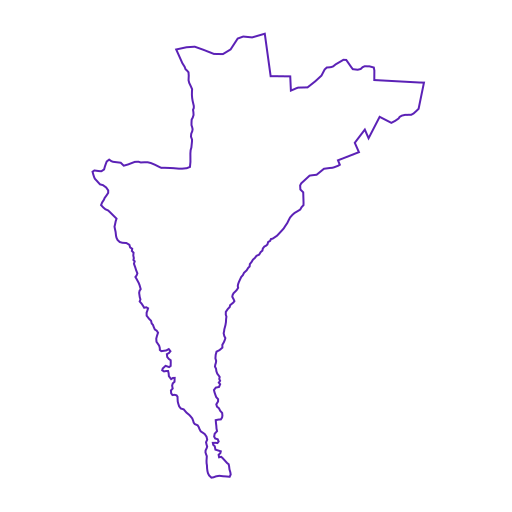 Kajiado North, Rift Valley, Kenya (orthographic projection), rotated 91°
{"feature_id": "3690345B68273600363858", "entity_name": "Kajiado North", "entity_type": "district", "adm_level": 2, "iso_a3": "KEN", "parent_name": "Kenya", "parent_adm1": "Rift Valley", "projection": "orthographic", "projection_center": [36.729, -1.37], "detail": "fine", "context": "isolated", "style": "outline", "palette": "violet", "viewbox_px": 512, "rotation_deg": 91, "n_neighbors": 0, "source": "geoboundaries", "source_scale": "gbopen_adm2", "svg_char_len": 5297}
<svg xmlns="http://www.w3.org/2000/svg" viewBox="0 0 512 512"><g transform="rotate(91 256 256)"><path d="M476.9,282.4L477.2,278.5L474.9,277.5L472.7,277.9L469.8,278.8L466.9,279.2L464.7,279.7L463.5,281.3L458.6,285.9L457.4,287.3L457.9,289.4L455.4,289.9L453.7,288.2L451.9,287.8L450.3,293.2L447.0,293.9L445.5,295.5L443.6,295.9L443.5,293.3L443.7,291.3L442.1,290.1L439.9,291.1L439.2,293.6L437.3,294.7L434.4,294.2L431.8,291.9L429.1,292.5L426.7,292.7L423.8,293.1L420.8,293.4L420.2,290.7L420.0,288.3L418.1,287.1L416.2,286.8L413.5,287.1L411.4,289.1L408.9,290.4L407.3,292.4L405.0,293.1L402.1,291.4L399.8,291.4L397.8,293.3L395.5,294.2L393.0,295.1L390.7,295.7L388.3,293.9L387.6,290.7L384.8,289.6L383.3,291.0L381.4,289.7L379.6,290.6L377.6,290.2L376.2,291.2L374.3,292.7L371.9,293.6L369.4,294.0L367.3,295.1L365.3,294.8L363.7,294.3L361.6,294.0L359.0,294.8L355.6,294.6L352.3,293.8L350.8,290.9L348.2,288.0L345.4,288.1L342.7,286.6L340.4,285.7L338.6,285.2L336.6,286.3L333.8,287.0L331.8,286.6L329.9,286.4L327.9,285.9L325.4,285.3L322.6,284.9L319.6,284.8L317.2,284.5L315.1,285.2L312.4,285.2L309.4,283.2L307.5,281.4L305.6,281.0L302.9,277.8L301.5,276.8L299.5,277.7L297.2,279.0L295.4,278.7L293.6,277.8L291.5,275.7L290.1,274.5L288.1,273.3L286.3,273.7L284.5,273.4L282.4,272.7L280.1,271.7L277.2,270.4L275.4,268.8L273.0,267.7L270.5,265.1L268.0,263.6L266.6,262.2L264.2,262.0L262.0,260.3L259.7,259.0L258.1,257.2L255.8,255.5L254.6,252.9L252.0,251.4L250.5,249.7L248.4,249.3L246.4,247.8L245.5,246.1L244.3,244.8L241.8,244.1L240.6,242.1L238.8,241.4L238.4,239.7L236.8,237.4L235.4,235.4L234.0,234.1L232.1,232.4L230.2,230.7L228.0,228.8L225.4,227.2L222.5,225.3L219.7,224.0L216.9,222.6L214.2,220.3L212.3,218.2L210.4,215.1L208.8,212.6L206.4,211.3L204.3,209.4L201.8,209.4L191.5,209.9L188.7,212.8L184.7,213.1L182.6,212.1L174.7,203.8L174.3,201.4L173.7,196.8L167.6,189.6L166.7,183.7L166.5,181.4L166.0,179.6L164.3,175.4L163.3,173.8L158.9,175.7L151.4,157.4L150.4,154.9L141.1,159.2L127.7,149.4L136.3,145.5L114.7,134.8L120.5,123.0L118.5,119.3L116.0,115.8L114.4,114.8L113.1,112.6L112.3,109.5L112.1,103.3L110.8,101.0L108.3,98.3L106.0,96.0L79.7,91.1L79.7,95.2L78.0,140.8L68.5,140.9L65.5,141.5L64.4,145.8L64.4,150.7L65.4,152.8L67.2,154.6L68.0,157.6L67.5,162.5L65.3,164.2L61.0,167.3L58.4,169.2L58.3,172.0L59.9,174.6L63.0,179.7L65.1,182.2L65.8,184.1L66.1,186.1L66.3,188.5L68.3,190.6L74.5,193.7L80.3,199.8L86.5,207.4L86.9,216.8L87.6,218.7L88.6,220.8L90.0,224.0L75.8,224.9L75.9,241.4L76.0,244.5L56.1,247.6L33.6,251.1L36.5,260.4L37.5,263.7L36.8,272.6L38.9,278.1L49.9,285.0L54.7,292.6L54.7,301.6L50.6,312.6L47.8,320.9L48.5,329.1L50.9,339.4L57.0,336.5L60.0,335.1L64.5,333.0L68.0,330.7L70.5,329.7L71.8,328.2L73.5,326.7L76.8,326.4L81.5,326.5L84.1,325.8L87.5,324.1L90.3,322.8L92.5,322.9L96.1,322.9L99.1,322.6L101.9,322.1L104.7,321.4L107.1,320.8L109.2,320.8L110.9,321.5L113.3,321.1L116.1,320.9L118.8,321.7L120.7,322.7L123.4,322.8L126.2,322.8L128.3,322.1L130.3,321.6L132.3,321.9L134.9,322.9L137.8,323.1L140.7,322.0L142.6,322.0L148.6,322.5L151.3,323.2L154.5,323.4L163.1,323.2L168.1,323.6L169.4,326.7L170.0,331.6L170.0,334.9L169.6,340.4L169.5,344.1L169.4,348.9L169.5,352.2L168.8,353.9L166.5,358.7L164.9,362.7L164.2,365.8L164.2,368.3L164.3,370.5L164.5,372.8L163.8,375.2L164.0,378.8L165.2,381.8L166.7,385.5L168.0,389.8L165.1,392.9L164.3,400.6L163.7,402.3L162.2,404.5L164.1,406.9L166.6,407.8L169.0,408.6L172.1,409.4L173.9,412.0L173.9,414.1L173.3,419.1L174.6,420.9L177.1,420.2L179.7,419.3L181.5,418.5L187.1,413.2L187.8,410.3L190.1,407.0L193.0,404.9L195.5,404.9L198.0,406.5L200.7,408.4L202.3,409.0L205.2,410.8L207.8,411.8L210.1,409.6L211.9,407.4L213.0,404.7L214.6,402.9L221.1,396.1L223.7,396.9L226.9,397.5L229.1,398.0L231.0,397.6L234.4,396.8L238.3,396.3L240.2,395.8L242.4,394.7L244.4,392.5L245.1,389.9L245.3,385.8L247.0,382.8L249.6,382.0L250.9,379.9L253.1,380.2L254.8,378.5L257.7,378.7L260.2,378.1L262.1,378.5L263.4,377.2L265.9,377.9L269.3,376.6L272.3,375.6L275.4,374.3L277.6,375.1L279.1,376.2L281.4,374.8L285.0,372.8L287.2,371.9L289.2,371.3L291.1,370.7L292.8,371.8L294.9,372.2L299.2,371.5L301.4,370.8L303.5,371.5L305.7,369.5L307.9,368.0L309.7,366.9L309.2,364.8L310.2,363.0L312.6,363.7L314.6,364.4L317.6,364.3L320.8,361.7L322.6,359.8L325.3,359.1L326.7,357.8L328.8,357.0L331.2,355.9L332.4,354.0L334.4,352.6L337.5,353.6L340.4,354.3L343.5,354.0L347.3,351.3L349.6,350.6L351.6,350.5L352.8,349.0L352.0,344.1L350.6,341.6L352.7,339.9L354.5,341.3L355.7,343.4L358.5,343.0L360.4,341.4L361.7,339.5L363.5,339.4L365.4,339.4L367.4,339.4L368.6,340.9L367.4,344.5L370.1,347.3L371.9,347.8L373.0,346.0L372.6,344.0L372.5,341.9L374.8,341.3L377.7,341.0L380.6,338.7L379.4,337.0L379.3,335.2L383.2,335.3L384.8,337.0L387.1,337.6L390.0,337.0L391.9,338.7L394.8,338.4L396.5,337.1L396.2,335.0L396.7,333.0L398.1,332.0L400.5,331.9L402.9,331.7L404.8,331.2L407.7,330.2L409.8,328.5L410.6,325.6L412.1,324.3L413.8,322.8L416.1,319.9L417.6,318.5L419.5,316.9L422.0,315.9L423.7,315.4L425.1,314.3L426.3,311.4L428.0,310.3L430.0,309.5L432.3,308.2L433.8,305.8L435.0,304.1L437.6,302.3L440.5,301.6L443.1,302.7L445.3,302.2L447.4,301.5L449.1,302.0L451.2,303.0L453.2,303.1L455.3,302.4L457.0,301.7L459.6,301.8L461.5,301.9L464.0,301.8L466.2,301.4L469.2,301.2L471.9,300.8L474.1,300.2L476.3,299.0L478.4,296.7L478.0,294.6L477.0,292.1L476.4,288.8L476.8,285.0L476.9,282.4Z" fill="none" stroke="#5b21b6" stroke-width="2"/></g></svg>